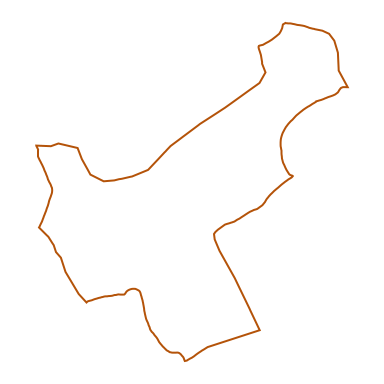 Lawdar, Abyan, Yemen
{"feature_id": "15242507B88557001231936", "entity_name": "Lawdar", "entity_type": "district", "adm_level": 2, "iso_a3": "YEM", "parent_name": "Yemen", "parent_adm1": "Abyan", "projection": "robinson", "projection_center": [45.821, 13.812], "detail": "fine", "context": "isolated", "style": "outline", "palette": "amber", "viewbox_px": 384, "rotation_deg": 0, "n_neighbors": 0, "source": "geoboundaries", "source_scale": "gbopen_adm2", "svg_char_len": 5716}
<svg xmlns="http://www.w3.org/2000/svg" viewBox="0 0 384 384"><path d="M39.0,227.5L47.1,235.6L48.3,236.7L52.4,243.2L53.7,245.1L53.8,245.4L56.0,252.1L60.9,257.7L65.5,271.9L78.7,294.0L86.5,302.5L87.5,301.5L88.5,301.1L89.6,300.8L90.9,300.5L92.0,300.2L93.2,299.7L94.5,299.2L95.9,298.8L97.0,298.5L98.2,298.1L99.3,297.8L100.4,297.6L101.5,297.2L102.7,297.0L103.9,296.6L105.0,296.4L106.2,296.3L107.3,296.3L108.4,296.1L109.9,296.0L111.1,295.9L112.4,295.7L113.6,295.3L114.7,295.0L115.9,295.0L117.0,294.7L118.3,294.4L119.5,294.5L120.7,294.6L122.0,294.6L123.2,294.6L124.3,294.5L125.2,293.6L125.8,292.6L126.5,291.6L127.4,290.8L128.5,290.1L129.6,289.6L130.7,289.2L131.9,288.9L133.1,288.8L134.3,288.8L135.5,288.9L136.6,289.4L137.8,290.0L138.9,290.6L139.7,291.4L140.3,292.6L140.7,293.9L141.0,295.2L141.5,296.6L141.8,297.9L142.2,299.2L142.6,300.6L142.8,301.8L143.1,303.0L143.3,304.3L143.6,305.8L143.8,307.0L144.1,308.6L144.2,310.1L144.4,311.3L144.7,312.5L144.9,313.7L145.2,315.0L145.5,316.3L145.8,317.6L146.1,318.8L146.6,320.1L147.1,321.2L147.7,322.4L148.2,323.6L148.5,324.8L149.0,326.0L149.6,327.2L149.9,328.5L150.3,329.7L151.0,330.7L151.7,331.8L152.6,332.6L153.6,333.7L154.2,334.7L155.0,335.7L155.9,336.7L156.6,337.6L157.3,338.6L157.9,339.7L158.5,340.8L159.1,342.0L159.9,343.0L160.6,343.9L161.5,344.9L162.2,345.8L163.1,346.8L164.0,347.6L164.8,348.5L165.7,349.3L166.5,350.2L167.5,350.8L168.6,351.3L169.5,352.1L170.6,352.3L171.8,352.6L172.9,352.7L174.2,352.7L175.4,352.7L176.7,352.6L177.9,352.6L179.1,353.0L180.1,353.7L181.0,354.5L181.8,355.6L182.6,356.4L183.4,357.4L183.9,358.6L184.3,359.8L184.8,361.0L185.9,360.8L187.0,360.5L188.0,359.8L189.4,359.0L190.4,358.4L191.6,357.9L192.6,357.2L193.6,356.6L194.5,355.9L195.5,355.1L196.4,354.4L197.5,353.6L198.5,352.9L199.7,352.1L200.8,351.4L201.9,350.6L203.3,349.8L204.3,349.2L205.4,348.5L206.5,347.8L207.6,347.1L259.7,330.2L250.1,310.0L249.7,309.0L238.4,285.7L234.8,278.2L219.5,250.8L214.7,239.4L214.0,234.0L215.4,232.0L217.9,229.7L224.8,224.7L225.0,224.6L226.1,224.2L227.4,223.8L228.5,223.5L229.8,223.1L230.9,222.7L232.0,222.4L233.1,222.0L234.3,221.6L235.3,221.0L236.7,220.0L237.8,219.4L238.9,218.9L239.9,218.3L240.9,217.6L241.8,217.0L242.9,216.3L244.0,215.6L245.2,214.8L246.1,214.2L247.2,213.5L248.1,212.9L249.1,212.3L250.1,211.7L251.5,211.1L252.6,210.6L253.8,210.0L254.8,209.7L255.9,209.4L257.1,209.0L257.3,208.9L262.4,205.2L265.0,202.0L265.7,200.7L266.4,199.5L267.1,198.5L268.0,197.5L268.8,196.4L269.9,195.2L270.7,194.3L271.6,193.5L272.6,192.5L273.5,191.6L274.3,190.8L275.3,190.0L276.2,189.2L277.2,188.4L278.3,187.5L279.4,186.5L280.3,185.7L281.2,184.9L282.3,184.0L283.2,183.3L284.1,182.6L285.1,181.8L286.4,180.9L287.5,180.1L288.4,179.4L289.6,178.7L290.6,178.1L291.7,177.4L292.5,176.5L292.8,176.1L292.6,175.9L292.1,175.8L292.0,175.6L291.9,175.6L290.1,174.9L289.2,174.2L288.3,172.8L286.6,170.1L285.4,167.7L284.4,165.4L284.3,165.1L283.6,163.8L283.1,162.7L282.7,161.3L282.4,160.0L282.0,158.7L281.9,157.5L281.8,156.1L281.6,154.9L281.5,153.4L281.5,152.0L281.5,150.6L281.2,149.3L281.0,148.0L280.7,146.6L280.6,145.2L280.6,143.7L280.6,142.3L280.7,140.8L280.8,139.6L281.0,138.4L281.3,137.2L281.7,135.8L282.2,134.3L282.6,133.2L283.2,132.0L283.8,130.9L284.5,129.5L285.1,128.5L285.8,127.2L286.6,126.2L287.4,125.1L288.4,123.8L289.4,122.7L290.2,121.8L291.1,120.9L292.3,119.9L293.2,118.9L294.0,118.0L295.0,116.9L296.0,115.8L297.0,114.9L298.0,114.1L299.3,113.0L300.4,112.1L301.3,111.4L302.2,110.7L303.4,109.7L304.6,108.9L305.9,108.0L307.0,107.3L308.1,106.6L309.3,106.0L310.4,105.3L311.6,104.5L312.6,103.8L313.6,103.3L314.7,102.6L316.0,101.8L316.2,101.3L316.8,101.2L317.9,100.9L319.1,100.5L320.2,100.2L321.3,99.9L322.6,99.4L323.7,99.0L324.7,98.5L325.8,98.1L327.0,97.6L328.2,97.1L329.4,96.7L330.7,96.3L331.8,95.9L332.9,95.5L334.0,95.0L335.1,94.5L336.1,93.8L337.0,93.1L337.9,92.4L338.6,91.3L339.2,90.2L340.1,89.0L340.9,88.0L342.0,87.5L343.1,87.1L344.3,87.1L345.4,87.1L346.6,87.2L347.7,87.2L338.7,70.6L338.6,68.0L337.9,52.7L334.3,40.7L329.1,33.8L322.4,30.7L314.9,29.2L314.1,28.9L312.7,28.7L311.6,28.4L310.4,28.1L309.2,27.8L307.8,27.2L306.6,26.8L305.5,26.4L304.3,26.0L302.9,25.7L301.7,25.5L300.5,25.3L299.1,25.1L298.0,25.0L296.8,24.8L295.3,24.4L294.0,24.1L293.4,24.0L292.8,23.9L291.5,23.6L290.2,23.4L289.0,23.4L287.9,23.4L286.9,23.2L286.7,23.2L285.6,23.2L285.4,23.0L282.9,24.5L282.2,28.0L282.1,28.3L280.8,31.2L279.3,33.7L276.2,36.3L271.8,39.7L268.6,41.7L266.3,42.9L263.0,44.8L260.0,45.5L258.9,45.9L258.6,46.6L258.6,47.6L258.9,48.9L259.8,51.5L260.9,55.0L262.1,62.1L262.1,63.8L262.6,65.0L265.5,72.4L259.5,83.0L250.1,89.7L249.8,89.9L242.6,95.1L231.9,102.8L224.9,107.8L223.2,108.9L215.4,114.0L199.9,124.0L198.4,125.2L187.7,133.2L186.1,134.4L183.0,136.7L178.9,139.8L170.6,146.0L166.8,150.0L165.3,151.7L164.6,152.3L163.7,153.3L158.2,159.2L148.1,169.9L131.8,176.6L131.3,176.6L121.8,178.8L119.0,179.2L114.3,180.4L103.7,181.3L90.4,174.6L87.8,169.8L81.9,159.2L81.7,158.7L77.6,148.0L63.6,144.7L58.4,143.5L50.9,146.2L36.3,145.6L36.4,146.1L36.9,147.0L38.1,149.5L38.0,150.6L38.0,150.9L38.0,152.4L38.0,153.7L38.0,155.1L38.0,156.4L38.5,157.7L39.2,159.1L39.7,160.2L40.5,161.6L41.2,163.1L41.9,164.4L42.5,165.6L42.9,166.5L43.0,166.7L43.6,168.0L44.1,169.3L44.5,170.5L45.2,171.9L45.8,173.3L46.1,174.1L46.2,174.5L46.7,175.6L47.2,176.8L47.6,178.1L48.0,179.5L48.6,180.6L49.1,181.8L49.8,183.0L50.4,184.1L50.9,185.2L51.3,186.5L51.9,187.7L52.1,189.0L52.2,190.3L52.1,191.7L51.9,193.0L51.5,194.3L51.1,195.4L50.7,196.7L49.9,198.7L49.4,200.1L49.0,201.3L48.7,202.8L48.3,204.2L47.9,205.6L47.5,206.7L47.0,207.9L46.5,209.4L46.1,210.8L45.6,212.0L45.0,213.5L44.4,215.1L43.9,216.2L43.5,217.5L42.9,219.0L42.5,220.1L42.0,221.5L41.4,222.7L40.8,223.9L40.2,225.1L39.7,226.3L39.0,227.5L39.0,227.5Z" fill="none" stroke="#b45309" stroke-width="2"/></svg>